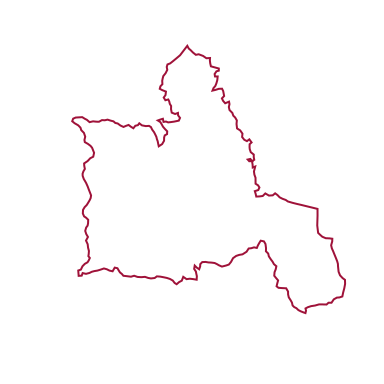 the district of Passos Maia, Santa Catarina, Brazil, rotated 257°
{"feature_id": "56859067B50733681280020", "entity_name": "Passos Maia", "entity_type": "district", "adm_level": 2, "iso_a3": "BRA", "parent_name": "Brazil", "parent_adm1": "Santa Catarina", "projection": "albers", "projection_center": [-51.953, -26.703], "detail": "fine", "context": "isolated", "style": "outline", "palette": "rose", "viewbox_px": 384, "rotation_deg": 257, "n_neighbors": 0, "source": "geoboundaries", "source_scale": "gbopen_adm2", "svg_char_len": 4670}
<svg xmlns="http://www.w3.org/2000/svg" viewBox="0 0 384 384"><g transform="rotate(257 192 192)"><path d="M135.8,62.7L135.3,65.7L137.6,67.2L136.1,70.3L136.2,73.9L136.8,76.4L136.9,79.0L136.7,82.1L136.9,85.2L137.3,89.0L135.9,91.6L134.0,93.9L132.6,96.8L135.7,99.7L134.5,102.2L132.2,102.9L129.9,103.7L127.8,105.3L125.8,106.3L124.7,109.4L123.2,113.5L123.4,116.8L121.5,119.8L120.4,123.5L119.9,127.1L118.1,130.0L117.0,132.6L116.6,136.3L117.7,138.8L116.7,142.0L115.3,145.2L113.9,148.2L112.2,151.0L110.0,153.4L107.3,154.6L105.6,156.3L107.1,159.1L107.9,162.1L111.3,164.4L108.3,167.1L108.0,170.4L106.8,173.7L105.5,176.8L108.9,177.8L111.3,177.8L113.6,177.9L116.6,176.8L119.7,178.1L117.3,179.6L115.1,181.6L117.6,183.2L119.8,183.8L121.4,186.2L120.8,189.5L119.7,192.1L118.8,195.2L117.7,198.1L116.2,200.0L114.5,201.8L112.6,204.4L112.7,208.6L113.0,211.6L115.1,214.3L118.3,217.1L119.8,220.7L120.1,223.9L119.9,227.2L121.5,231.7L124.2,234.5L123.9,237.1L124.1,240.0L122.9,242.6L125.0,244.1L127.1,246.0L129.1,248.0L127.7,251.0L124.8,251.9L120.7,251.5L117.6,250.7L114.9,252.4L112.0,252.4L108.3,253.8L106.1,254.8L103.3,255.6L100.7,257.5L97.9,256.2L95.3,254.4L91.9,253.3L89.2,254.6L86.5,256.0L83.9,254.6L81.1,253.2L79.2,254.7L78.1,258.2L77.0,262.1L73.4,263.2L70.6,262.6L67.6,262.6L64.5,263.7L61.8,264.5L58.8,264.5L56.9,265.7L55.3,267.6L53.0,269.1L51.3,271.1L49.7,273.4L48.5,275.3L50.7,276.4L53.0,276.4L53.7,279.0L54.0,282.4L53.7,286.4L53.9,290.5L53.0,294.3L52.1,297.8L53.4,300.1L52.7,303.0L55.5,306.0L56.5,309.4L56.1,312.0L56.4,315.0L59.9,316.6L63.9,318.7L68.0,320.5L72.0,321.3L74.2,319.4L77.5,317.5L81.3,316.9L87.0,317.6L89.1,318.0L91.7,317.9L94.5,317.5L97.0,317.1L99.4,316.7L102.6,316.2L105.6,315.6L108.8,315.6L112.3,317.5L114.9,318.2L115.9,315.5L116.9,311.9L119.1,308.9L121.5,307.2L123.8,305.7L131.2,306.5L140.7,309.0L147.3,310.5L155.0,295.2L156.8,291.5L158.8,287.6L161.2,283.3L163.2,281.5L165.0,278.7L167.1,276.2L169.8,274.6L172.0,272.7L170.6,269.9L171.2,266.2L174.1,263.1L172.2,260.0L172.5,256.9L173.1,253.6L176.0,253.6L178.7,253.4L179.0,257.0L181.2,258.7L183.6,257.9L185.8,255.8L188.9,256.5L191.6,257.1L194.9,256.7L198.1,257.0L200.6,258.3L202.6,259.3L202.2,256.7L205.1,257.2L208.6,257.4L209.4,259.9L212.1,260.0L214.6,260.6L217.6,258.2L220.8,257.9L222.9,258.2L225.6,258.9L226.9,261.2L230.4,259.7L229.2,257.0L231.1,254.7L234.3,253.2L237.5,254.3L241.2,252.8L243.8,250.2L248.3,250.7L251.7,251.8L254.9,250.8L257.1,249.4L260.0,249.1L263.4,247.0L266.5,247.0L269.2,248.3L271.7,248.4L271.0,244.3L273.8,242.8L276.5,242.2L278.3,244.9L280.7,245.0L283.3,245.1L285.9,244.5L286.5,241.3L286.2,237.8L286.2,234.8L288.4,236.3L290.1,238.6L292.4,240.2L295.3,241.8L298.8,243.0L299.4,240.4L301.9,240.6L304.1,243.0L304.2,245.4L306.3,245.9L308.4,242.0L310.2,238.7L313.3,238.7L316.1,239.0L318.5,239.7L319.1,236.1L322.1,233.4L324.7,229.5L324.8,226.6L327.7,224.3L330.5,222.6L332.5,221.1L335.5,220.3L327.9,211.1L325.8,207.0L323.8,203.0L322.2,199.6L321.8,196.8L319.5,195.5L316.6,195.4L313.7,193.0L311.4,190.1L309.3,189.0L307.1,188.0L303.7,187.4L302.1,185.0L299.8,183.8L297.9,186.0L295.7,189.2L292.4,188.0L290.4,185.7L287.4,186.7L287.5,189.7L285.4,190.2L282.9,190.2L280.5,191.0L277.4,190.2L273.9,190.1L271.8,193.1L272.2,196.1L269.8,195.7L266.9,197.0L264.5,195.2L264.6,190.4L264.9,186.9L265.2,184.4L266.5,182.5L266.7,180.0L269.9,180.1L269.7,177.2L269.4,174.8L267.2,176.9L264.8,177.7L262.2,178.4L259.5,179.8L256.7,181.5L254.0,180.7L253.3,178.2L251.4,177.1L248.2,176.3L245.4,173.7L244.0,169.9L246.5,169.9L249.2,170.0L251.5,169.7L253.7,169.7L256.0,169.2L258.8,168.5L261.8,167.2L264.5,166.6L266.1,165.0L266.6,161.8L268.2,158.2L270.8,156.1L269.3,154.3L269.3,151.7L267.3,149.2L269.5,147.0L271.6,145.3L271.3,142.6L270.8,139.9L272.9,137.2L275.5,135.0L276.5,132.8L278.5,131.4L280.0,128.5L281.5,126.0L281.5,123.2L282.3,120.4L281.4,117.2L282.0,114.7L283.1,111.5L283.1,107.9L286.0,105.8L287.4,104.1L289.6,101.9L290.2,98.5L290.7,95.4L290.2,92.7L287.9,91.2L285.4,93.1L282.6,96.1L279.8,97.8L277.2,98.0L273.9,100.0L269.9,100.4L266.9,98.9L264.7,98.8L262.3,101.4L259.8,103.5L257.6,104.6L255.0,105.0L252.2,105.4L248.6,103.7L247.8,100.5L245.6,97.2L244.1,93.3L241.8,92.9L238.6,92.8L236.5,90.8L234.4,89.5L232.3,89.1L228.9,89.5L226.5,90.3L224.4,90.9L220.8,91.6L217.6,92.0L214.9,92.4L211.4,92.9L208.9,91.9L207.1,90.5L205.1,88.6L203.0,86.5L201.4,84.0L199.1,81.8L195.6,80.8L192.5,81.4L190.8,83.0L188.3,84.6L184.9,83.7L182.7,82.7L181.2,80.9L178.1,79.2L174.8,79.5L171.6,80.5L168.5,77.8L164.6,78.6L161.1,78.2L157.7,78.3L154.8,77.4L152.8,76.6L150.7,77.6L148.6,76.0L147.0,74.4L146.1,71.4L144.3,68.6L141.4,66.3L141.1,63.5L135.8,62.7ZM208.6,257.4L209.1,254.7L211.1,253.6L211.1,256.3L208.6,257.4Z" fill="none" stroke="#9f1239" stroke-width="2"/></g></svg>